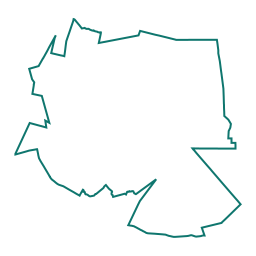 Aquiles Serdán, Chihuahua, Mexico (Robinson projection)
{"feature_id": "50627088B18240025112531", "entity_name": "Aquiles Serdán", "entity_type": "district", "adm_level": 2, "iso_a3": "MEX", "parent_name": "Mexico", "parent_adm1": "Chihuahua", "projection": "robinson", "projection_center": [-105.843, 28.58], "detail": "fine", "context": "isolated", "style": "outline", "palette": "teal", "viewbox_px": 256, "rotation_deg": 0, "n_neighbors": 0, "source": "geoboundaries", "source_scale": "gbopen_adm2", "svg_char_len": 4361}
<svg xmlns="http://www.w3.org/2000/svg" viewBox="0 0 256 256"><path d="M73.6,19.1L73.2,21.1L71.4,26.3L69.3,32.5L67.7,37.1L66.3,41.2L65.8,44.9L65.0,51.4L64.3,56.2L62.5,55.7L60.8,55.4L59.1,55.0L57.4,54.6L55.7,54.2L54.0,53.8L52.3,53.4L51.2,53.1L54.7,38.0L55.8,35.3L49.0,47.5L47.8,49.9L47.2,51.0L46.6,52.1L46.5,52.3L45.2,54.6L44.0,56.8L43.7,57.2L43.4,57.9L43.0,58.5L42.9,58.5L38.6,66.1L29.2,68.8L32.1,79.3L34.2,82.3L34.2,82.8L33.8,84.2L33.9,84.3L33.6,86.5L32.4,93.9L41.8,95.9L49.3,122.8L45.3,120.6L46.3,127.5L29.7,123.0L27.0,128.8L15.4,153.8L15.4,154.5L26.1,151.5L29.1,150.6L29.5,150.5L29.8,150.5L30.2,150.4L33.1,149.9L34.3,149.7L36.9,149.2L37.1,149.2L38.1,154.0L38.3,155.3L38.6,156.5L38.9,157.8L39.1,158.4L39.7,159.5L40.6,161.2L43.8,166.4L44.5,167.6L46.5,171.0L47.3,172.3L47.8,173.2L48.1,173.7L48.4,174.2L48.6,174.5L49.3,175.8L49.8,176.7L49.9,176.9L50.0,176.9L50.0,177.0L50.2,177.4L50.4,177.7L50.6,178.0L51.4,179.0L52.1,179.7L53.3,180.6L54.2,181.3L55.7,182.6L57.0,183.6L57.5,184.0L58.1,184.3L58.8,184.7L60.8,185.4L62.3,185.9L62.7,186.0L63.4,186.3L64.5,186.9L65.3,187.4L66.0,187.8L69.6,189.9L73.7,192.2L76.7,194.0L79.3,195.4L79.6,195.6L80.2,194.4L82.9,189.7L83.3,189.9L83.9,191.1L83.9,191.4L83.8,191.8L84.4,191.8L84.7,192.0L84.9,192.7L85.1,193.3L85.2,193.7L85.4,194.1L85.6,194.2L85.7,194.3L86.0,194.3L86.4,194.3L87.1,194.6L87.7,194.9L88.1,195.2L88.6,195.6L89.1,196.0L89.8,196.3L90.6,196.3L91.1,196.2L93.2,195.8L94.2,195.5L94.7,194.9L95.1,194.4L95.4,194.0L96.1,194.0L103.4,188.0L104.3,186.4L105.4,185.4L105.9,185.0L107.5,187.0L108.9,188.7L111.3,190.7L112.0,191.3L112.1,191.9L111.6,192.9L111.5,193.9L111.8,194.6L112.7,195.2L112.8,195.9L113.1,196.9L124.8,193.7L126.0,194.5L127.2,191.8L127.5,191.7L128.0,191.8L128.6,191.8L128.8,191.8L128.9,191.7L129.1,191.6L129.3,191.2L129.6,191.2L130.0,191.5L130.5,191.5L131.1,191.5L131.6,191.3L132.1,191.1L132.5,191.1L132.9,191.2L133.3,191.3L133.4,191.6L133.6,192.0L133.9,192.7L134.2,193.0L134.4,193.2L134.4,193.4L135.0,193.7L135.2,193.8L135.4,193.9L135.7,194.1L136.0,194.1L156.2,179.3L139.9,201.0L138.1,204.6L128.3,225.2L128.9,225.3L129.9,225.5L130.7,225.6L131.4,225.7L132.0,225.8L132.4,225.9L133.3,226.1L134.3,226.4L135.1,226.9L135.8,227.2L136.5,227.6L137.3,228.0L137.8,228.3L138.5,228.7L139.3,229.1L140.1,229.6L140.9,230.0L141.8,230.4L142.5,230.8L143.1,231.2L143.5,231.3L144.0,231.6L144.8,232.0L145.5,232.4L146.1,232.8L146.6,233.0L147.1,233.1L147.5,233.2L147.9,233.3L149.4,233.4L154.3,233.7L163.2,234.4L163.8,234.5L164.4,234.5L164.9,234.5L165.2,234.6L166.3,234.9L167.2,235.3L167.8,235.5L168.2,235.6L168.6,235.8L169.1,235.9L169.7,236.0L170.5,236.2L171.1,236.3L171.7,236.5L172.4,236.6L173.2,236.8L173.9,236.9L174.7,236.9L186.5,236.1L187.4,236.0L188.1,235.9L188.7,235.8L189.4,235.6L190.2,235.4L191.0,235.2L191.3,235.2L191.7,235.3L192.2,235.4L193.1,235.7L193.6,235.9L194.3,236.1L194.8,236.3L195.1,236.4L195.6,236.5L196.2,236.6L196.4,236.6L197.2,236.5L198.3,236.4L199.3,236.3L200.0,236.2L200.8,236.1L201.2,236.0L201.4,235.9L201.7,235.8L202.1,235.7L202.4,235.6L203.0,235.5L203.4,235.4L204.0,235.5L204.5,235.5L202.2,228.8L201.8,227.7L221.6,222.9L221.9,222.4L225.4,219.1L240.6,204.3L239.0,202.4L237.5,200.6L235.9,198.8L233.8,196.4L233.4,195.9L231.8,194.1L227.5,189.1L226.9,188.4L221.7,182.4L216.4,176.2L215.1,174.7L212.0,171.1L210.6,169.4L207.0,165.3L196.2,152.8L194.1,150.2L193.5,149.7L192.5,148.4L199.0,148.5L227.6,148.6L235.5,148.6L235.5,145.5L235.4,142.9L231.5,142.9L231.5,139.6L231.5,138.4L228.3,138.4L228.5,134.4L228.7,131.0L229.0,130.4L230.3,127.7L230.9,123.9L229.3,121.2L228.3,119.6L224.3,116.0L224.3,115.2L224.2,111.4L224.1,109.9L224.0,107.3L224.0,104.9L223.9,104.0L223.7,96.8L223.4,88.6L222.2,79.3L221.4,73.2L221.1,71.2L220.6,67.4L220.2,64.2L219.8,61.1L218.3,53.4L218.3,50.2L217.5,43.9L216.9,39.8L207.7,39.8L201.4,39.8L194.4,39.8L176.5,39.9L176.1,39.9L175.7,39.7L167.7,37.7L159.2,35.6L155.1,34.7L140.1,30.9L138.5,35.4L98.8,43.0L100.8,33.5L100.9,32.4L100.5,32.3L100.3,32.4L100.0,32.4L99.5,32.6L99.0,32.3L98.7,32.3L98.0,32.2L97.2,31.7L96.6,31.6L95.8,31.4L95.5,31.3L95.1,31.3L94.4,30.9L94.0,30.9L93.9,30.6L93.7,30.4L93.2,30.4L92.6,30.6L92.4,30.6L92.1,30.5L91.1,30.1L90.0,29.7L89.3,29.2L88.4,28.8L88.1,28.8L87.7,28.9L86.5,28.9L85.8,28.6L85.1,28.3L84.7,27.9L84.0,28.1L82.7,28.3L81.9,28.5L81.2,27.6L80.1,26.2L79.1,24.9L78.2,23.9L77.6,23.1L76.8,22.2L74.8,19.7L74.3,19.3L73.6,19.1Z" fill="none" stroke="#0f766e" stroke-width="2"/></svg>